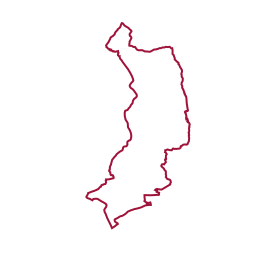 outline of Buchin, Caras-Severin, Romania, rotated 126°
{"feature_id": "2599482B78488778616963", "entity_name": "Buchin", "entity_type": "district", "adm_level": 2, "iso_a3": "ROU", "parent_name": "Romania", "parent_adm1": "Caras-Severin", "projection": "orthographic", "projection_center": [22.172, 45.329], "detail": "fine", "context": "isolated", "style": "outline", "palette": "rose", "viewbox_px": 256, "rotation_deg": 126, "n_neighbors": 0, "source": "geoboundaries", "source_scale": "gbopen_adm2", "svg_char_len": 5594}
<svg xmlns="http://www.w3.org/2000/svg" viewBox="0 0 256 256"><g transform="rotate(126 128 128)"><path d="M218.4,82.1L215.0,80.8L213.3,80.4L211.6,79.8L211.2,80.4L211.5,82.8L210.9,84.2L210.1,84.9L209.5,84.9L207.1,83.6L204.5,82.6L203.8,82.2L202.4,81.0L199.9,79.9L197.9,79.3L195.8,79.0L193.5,77.7L189.8,75.1L187.2,72.8L184.5,70.7L180.5,68.5L178.5,66.5L176.8,64.3L176.0,65.0L175.1,66.2L177.9,68.4L177.2,69.0L177.3,69.3L177.6,69.2L177.4,71.4L177.5,71.7L177.1,71.9L176.7,71.8L176.4,72.0L174.1,74.1L172.6,75.2L169.0,70.0L168.2,69.1L167.8,68.5L164.3,64.3L164.3,64.1L163.7,63.7L163.2,64.1L163.0,64.5L162.1,64.8L162.8,66.9L162.8,67.4L162.0,67.4L161.4,67.7L161.7,68.0L162.1,69.3L162.2,69.6L161.8,69.6L161.0,69.3L160.3,68.6L160.2,68.6L158.8,65.7L158.3,65.0L157.6,64.4L149.2,60.8L148.9,61.1L148.4,60.9L147.7,61.3L147.0,61.3L145.9,62.2L145.3,63.5L145.3,64.0L145.5,64.6L145.8,65.1L146.1,66.6L146.0,66.9L145.6,67.8L145.4,68.6L144.7,68.8L143.9,69.3L143.7,69.5L143.4,70.1L141.7,71.2L141.4,71.6L141.0,71.8L140.8,72.1L140.6,72.5L140.6,73.2L140.4,74.0L139.9,74.8L139.7,75.4L139.6,75.7L139.6,77.0L139.4,77.8L139.4,78.2L139.1,78.8L137.8,79.1L137.4,79.1L136.3,78.0L136.2,77.4L134.1,77.4L133.3,77.3L132.9,78.0L132.2,78.6L132.2,79.2L132.1,79.3L131.7,79.5L131.4,79.5L130.8,78.9L130.6,78.9L130.0,79.7L128.5,80.8L127.8,81.2L126.4,81.3L126.3,81.8L125.6,83.1L125.8,83.8L125.0,84.1L124.2,84.8L123.0,83.8L122.5,83.7L122.2,83.5L121.4,81.3L120.3,79.5L119.9,79.5L118.8,79.6L118.1,79.5L117.9,79.1L117.8,78.5L117.5,77.9L117.0,77.4L116.6,76.7L114.3,74.2L113.1,73.9L112.6,74.0L111.9,74.6L111.6,74.6L110.5,73.8L110.0,73.8L109.1,73.5L108.7,73.2L107.7,72.1L107.1,70.9L106.2,70.3L105.5,70.6L102.9,71.0L100.0,72.7L99.3,73.6L98.4,74.3L97.9,74.3L97.8,74.7L97.5,74.9L96.8,75.2L96.3,75.9L96.2,76.2L95.7,76.4L95.4,76.3L94.6,76.7L93.8,77.2L92.8,78.2L90.4,79.5L90.4,79.4L89.8,79.8L88.8,80.2L88.6,80.4L88.1,81.3L87.9,81.9L88.1,82.9L87.9,83.7L87.3,83.5L87.1,83.9L87.1,84.1L86.9,84.2L86.6,84.1L85.5,85.6L85.9,86.0L86.3,85.4L86.8,85.9L86.2,86.5L85.8,86.7L85.1,87.4L84.6,87.5L84.3,87.5L83.8,88.0L83.3,88.7L82.8,89.3L82.7,89.6L82.2,89.9L82.2,90.0L82.6,89.7L82.1,90.4L82.0,90.8L81.6,91.4L81.4,91.4L81.3,91.2L80.9,91.3L80.7,91.1L80.2,91.0L80.2,90.9L80.3,90.8L80.2,90.6L79.8,90.6L79.6,90.4L79.0,90.0L79.0,89.8L78.6,89.8L78.4,89.9L77.4,91.1L74.1,94.4L73.0,95.4L69.4,98.4L68.2,99.7L68.2,100.3L67.4,101.6L67.1,101.8L67.1,102.5L66.5,103.0L66.4,103.2L65.9,103.4L65.8,103.6L65.8,104.1L65.6,104.3L64.7,105.3L64.4,106.3L64.1,106.5L63.7,107.6L63.3,108.1L62.9,108.2L62.1,108.8L61.4,110.3L59.7,111.2L58.0,111.4L57.3,111.7L56.6,112.2L55.7,112.8L55.4,113.3L55.2,114.2L54.8,114.8L53.8,115.5L53.1,116.3L53.0,116.6L50.5,117.5L49.4,118.5L48.4,120.8L48.1,121.8L47.3,122.9L46.7,124.0L46.7,124.8L46.3,125.1L45.8,125.2L45.6,125.4L45.5,126.6L45.6,127.8L45.3,128.5L45.1,130.5L43.9,131.3L43.2,132.6L42.2,133.8L42.1,134.2L42.1,135.1L41.9,135.5L38.8,137.7L37.6,139.0L37.8,139.1L38.1,140.0L37.8,142.0L39.1,143.3L40.1,145.1L41.7,146.1L42.3,147.2L44.3,148.5L44.7,149.3L45.8,149.9L48.0,151.6L49.3,153.1L52.9,154.7L53.8,155.6L55.0,157.7L56.2,159.5L56.6,162.1L58.9,165.1L59.3,166.9L58.3,170.0L59.1,171.0L59.3,171.9L59.3,172.6L59.4,173.2L60.6,175.3L59.8,176.0L58.0,176.9L57.2,177.5L53.2,178.1L52.3,179.4L52.4,180.0L52.3,180.7L51.1,181.9L47.8,182.0L47.3,182.6L47.2,184.2L46.8,186.5L47.2,190.9L46.4,193.6L46.7,194.6L46.8,194.7L48.2,194.4L50.3,193.8L51.3,193.6L51.9,193.7L54.4,194.4L55.1,194.0L56.1,194.3L57.2,194.4L57.4,194.5L57.8,194.4L58.9,194.4L59.8,193.9L60.3,193.8L61.0,194.1L62.2,194.2L63.1,194.5L64.0,195.0L65.3,195.2L66.4,194.8L68.6,194.5L69.3,194.3L73.4,194.3L74.2,194.2L74.4,194.0L74.8,193.1L75.3,192.8L75.1,192.2L75.5,190.9L75.3,189.9L74.6,188.0L75.0,188.0L75.4,188.6L75.5,188.6L75.4,188.2L75.6,187.9L75.1,187.2L75.1,186.7L74.9,186.2L74.9,185.1L74.7,185.0L74.5,184.7L74.2,184.7L74.0,183.4L73.4,182.7L72.7,182.3L72.5,181.9L71.7,181.3L72.3,180.9L72.3,180.5L72.8,179.8L73.2,179.9L73.7,179.6L74.3,179.5L75.0,178.9L75.0,178.3L75.2,177.8L74.9,177.1L75.2,177.1L75.3,176.7L76.0,175.9L76.7,174.6L77.0,172.9L77.8,171.0L80.4,162.6L82.0,158.8L83.8,155.2L85.5,152.6L86.5,151.6L87.6,151.5L89.7,151.8L91.8,151.8L92.6,151.6L93.5,150.7L94.0,148.9L93.8,147.5L94.0,146.1L95.8,140.7L96.5,140.0L97.5,139.4L99.1,139.6L100.9,140.2L102.9,140.0L104.1,139.5L105.3,138.9L107.4,139.1L108.5,139.0L109.2,138.8L110.2,138.8L112.0,139.1L113.3,138.9L114.2,139.3L115.7,140.4L117.7,139.6L120.6,137.3L121.5,136.1L122.6,135.0L123.8,131.9L124.3,131.0L127.3,128.5L127.8,127.6L128.1,126.6L129.5,124.0L131.2,121.8L132.7,120.5L134.2,119.7L135.7,119.1L136.7,119.2L137.9,120.0L139.4,120.4L140.5,119.8L141.8,118.7L143.6,118.5L145.3,120.2L146.1,120.5L146.9,120.4L148.5,119.6L149.4,119.5L152.2,120.8L155.6,121.7L156.6,121.8L157.7,121.6L158.8,121.9L163.1,122.1L167.9,120.2L169.4,120.0L170.9,119.3L172.4,118.2L173.2,118.4L173.8,118.1L174.1,117.2L174.2,116.3L175.6,115.2L175.8,114.5L176.1,114.2L176.1,113.9L175.3,112.9L175.2,112.2L175.8,111.6L176.1,110.8L176.4,110.5L177.1,110.2L181.0,113.5L181.5,114.1L182.4,115.5L183.2,115.0L183.5,115.2L185.0,113.7L186.6,113.4L187.7,114.5L188.3,114.6L188.7,115.0L189.1,115.5L189.4,115.5L189.8,115.8L190.7,115.7L191.3,115.4L192.5,116.0L194.8,116.1L195.6,116.7L196.4,116.9L198.2,118.1L198.7,118.3L199.8,119.2L202.2,120.8L203.2,121.3L203.9,122.0L205.6,121.5L208.0,121.3L208.5,120.8L208.5,120.2L208.4,119.2L207.8,117.2L207.4,114.3L206.9,114.3L206.4,114.4L205.8,114.3L204.0,112.3L203.2,110.8L203.1,108.9L203.0,107.0L202.6,104.2L202.4,101.3L203.0,100.0L204.7,99.3L206.7,99.3L208.2,99.1L209.7,97.5L210.6,95.6L213.1,91.8L216.6,85.1L218.4,82.1Z" fill="none" stroke="#9f1239" stroke-width="2"/></g></svg>